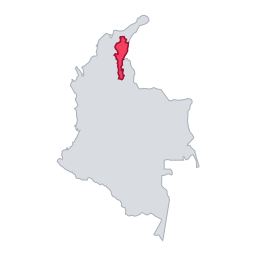 where Cesar sits in Colombia
{"feature_id": "COL-1414", "entity_name": "Cesar", "entity_type": "Department", "adm_level": 1, "iso_a3": "COL", "parent_name": "Colombia", "parent_adm1": "", "projection": "natural_earth1", "projection_center": [-73.578, 9.272], "detail": "fine", "context": "in_parent", "style": "filled", "palette": "rose", "viewbox_px": 256, "rotation_deg": 0, "n_neighbors": 0, "source": "natural_earth", "source_scale": "10m", "svg_char_len": 6860}
<svg xmlns="http://www.w3.org/2000/svg" viewBox="0 0 256 256"><path d="M146.9,23.1L144.4,24.3L139.5,25.7L136.1,32.1L133.8,33.2L131.0,37.0L128.9,41.6L127.3,51.1L123.1,59.2L123.5,59.5L125.2,59.2L126.7,58.3L127.3,58.6L127.9,60.0L129.8,60.3L131.3,66.8L134.2,70.2L134.5,71.4L134.9,74.1L133.9,75.8L133.6,81.7L134.5,83.2L136.6,83.8L138.1,87.5L139.0,88.4L140.3,89.0L143.5,88.4L149.2,89.0L150.6,88.9L153.8,87.6L157.8,89.2L160.9,89.5L169.1,100.7L169.9,100.4L170.9,101.0L173.0,99.9L174.8,99.7L177.1,100.2L180.2,100.2L186.4,99.1L187.3,98.4L190.7,99.1L191.7,99.9L192.2,102.0L191.8,103.3L190.7,104.6L190.0,106.3L189.9,108.3L189.3,109.8L188.2,110.8L187.8,112.2L188.0,114.1L187.4,122.5L187.9,123.2L188.3,126.7L189.7,131.2L190.4,132.5L191.6,133.6L193.8,137.3L193.3,138.5L187.7,144.3L187.4,145.7L188.5,145.1L190.2,145.7L190.8,147.1L195.0,151.1L195.0,152.7L196.1,155.7L195.9,156.4L198.8,165.1L198.9,166.9L196.5,167.4L196.4,161.6L196.1,160.4L193.4,155.2L192.8,154.8L191.0,155.4L188.0,159.2L186.5,159.8L185.4,159.3L184.3,157.0L183.5,156.6L182.8,158.5L183.7,160.2L170.4,160.2L167.8,159.5L164.2,160.3L164.2,169.1L170.5,169.2L172.2,171.7L172.1,173.8L172.3,174.5L170.8,174.9L168.6,173.6L164.7,175.2L161.8,175.6L161.6,185.3L163.4,187.7L166.7,190.3L167.2,192.1L167.0,193.7L167.8,195.8L168.9,196.9L168.9,198.2L169.5,199.6L162.8,240.6L160.5,238.1L159.6,235.9L158.5,234.9L156.2,235.6L153.8,234.5L161.6,220.6L161.3,219.3L154.9,215.9L154.2,215.1L151.1,213.2L149.4,213.7L148.5,214.7L146.1,214.9L144.2,213.5L142.0,212.5L139.3,214.8L138.5,214.8L136.5,215.8L134.5,216.2L131.8,215.2L129.6,215.9L128.1,215.8L127.5,215.0L125.6,214.2L125.4,213.2L125.9,211.5L125.1,208.1L124.8,207.6L123.3,207.5L121.6,206.3L121.3,205.6L121.7,204.2L121.3,203.0L119.7,200.3L117.3,199.6L115.1,197.3L112.9,196.5L111.8,194.9L110.9,191.3L108.5,188.4L106.9,187.4L106.4,186.1L104.7,186.0L102.5,184.1L101.4,184.0L100.7,184.9L98.7,183.9L96.9,182.6L95.0,182.2L93.8,181.4L91.6,178.7L89.2,177.5L87.9,177.9L87.4,179.9L86.6,180.2L83.9,179.7L83.4,180.2L82.7,180.1L79.4,178.6L76.1,178.1L75.3,174.8L73.1,173.6L72.5,172.1L71.0,172.3L65.4,169.3L63.1,167.2L61.1,166.1L59.0,163.8L58.7,162.8L57.1,161.5L57.9,159.7L59.8,158.4L62.3,159.5L62.6,157.4L61.7,155.6L62.1,151.6L62.8,150.7L64.2,149.9L65.0,150.2L65.6,149.5L67.7,149.8L68.3,149.5L69.8,147.9L70.5,146.6L71.2,146.7L72.9,144.5L72.6,142.3L74.2,141.9L75.9,138.3L76.6,138.2L77.0,136.5L79.8,130.6L78.8,131.2L77.7,130.8L77.8,128.8L77.5,128.6L76.6,130.1L75.8,128.6L76.0,126.0L74.7,126.5L74.7,125.9L76.6,124.0L77.4,119.6L76.8,118.0L76.4,111.5L76.1,110.2L74.5,108.6L77.0,106.7L77.9,105.3L76.8,102.4L75.3,100.0L75.3,98.5L76.1,98.6L76.5,94.6L75.7,93.0L74.7,93.0L71.4,87.0L70.3,85.7L71.2,82.9L72.2,81.6L72.0,79.4L72.6,79.5L74.0,81.5L74.6,81.2L76.7,79.3L76.8,77.5L78.6,75.7L76.1,69.5L75.3,68.6L76.3,66.6L76.8,66.7L77.8,68.6L79.3,69.9L81.6,73.3L82.6,74.1L81.9,74.9L81.7,75.7L82.0,76.1L83.3,76.2L83.8,75.3L83.5,71.1L83.0,69.0L81.8,67.6L82.2,66.9L84.5,65.9L89.3,61.9L90.9,58.2L92.2,56.9L93.6,56.0L95.4,56.2L96.7,55.7L97.1,54.5L96.2,51.9L97.3,48.4L97.2,46.6L97.9,45.5L97.7,45.1L95.9,46.3L97.7,43.8L99.0,40.0L106.0,33.3L110.5,34.9L111.9,34.8L110.1,35.6L109.8,36.6L110.4,37.6L111.1,37.9L111.7,37.3L113.2,33.3L113.5,31.1L114.1,30.4L115.1,30.1L119.5,31.1L123.7,30.7L130.6,25.1L135.8,22.7L137.1,20.4L137.4,18.7L138.3,18.0L139.3,18.0L139.9,17.0L142.3,15.5L144.8,15.4L147.5,16.7L148.8,19.0L149.0,20.6L146.9,23.1ZM67.7,149.1L67.4,149.4L66.8,148.8L66.6,148.2L67.0,147.7L67.4,147.8L67.7,149.1Z" fill="#d9dde1" stroke="#a8b0b8" stroke-width="1"/><path d="M128.4,42.5L128.4,42.9L128.1,45.9L127.5,48.3L127.5,48.8L127.4,49.3L127.4,49.6L127.5,50.0L127.7,50.5L127.6,50.8L127.2,51.7L126.6,52.8L126.3,53.7L126.1,54.0L125.5,54.5L125.3,54.7L125.1,55.3L124.2,56.9L123.8,58.1L123.6,58.3L123.4,58.6L123.0,58.9L122.9,59.2L122.8,59.5L123.0,59.6L122.6,59.7L122.5,59.8L122.3,60.2L122.4,60.7L122.2,62.6L122.3,63.1L122.2,63.6L122.3,64.3L122.4,64.6L122.4,64.9L122.2,65.1L121.9,65.3L121.8,65.5L121.8,65.8L121.7,65.9L121.3,66.3L121.1,66.5L120.9,66.7L120.9,66.9L120.9,67.1L120.9,67.4L121.0,67.7L121.3,68.2L121.5,68.9L121.7,69.1L121.5,69.6L121.3,70.0L121.2,70.1L121.3,70.2L121.5,70.2L121.7,70.3L121.8,70.4L121.9,70.5L122.0,70.8L122.3,70.7L122.7,70.3L122.6,69.8L122.6,69.7L122.5,69.3L122.5,69.2L122.8,69.1L123.0,69.2L123.2,69.3L123.3,70.0L123.1,70.8L122.9,71.3L122.9,71.7L122.7,72.0L122.6,72.5L122.6,73.6L122.8,73.7L123.0,74.2L123.0,74.3L123.0,74.7L123.0,74.9L123.2,75.1L123.7,75.2L123.8,75.4L123.9,75.5L124.0,75.5L124.1,75.9L124.0,76.0L123.9,76.3L123.6,76.5L123.4,76.6L123.3,76.9L123.2,77.1L123.3,77.6L123.2,77.9L123.2,78.0L122.9,78.5L122.7,78.9L122.5,79.1L122.4,79.3L122.1,79.4L121.8,79.6L121.6,79.7L121.4,79.6L121.2,79.4L120.9,79.3L120.8,79.2L120.6,79.0L120.6,78.9L120.4,78.9L120.0,78.8L119.9,78.8L120.1,78.9L118.6,78.8L118.7,78.4L118.8,78.2L118.8,77.9L118.7,77.7L118.8,77.5L119.0,77.2L119.5,76.8L119.6,76.5L119.6,76.3L119.5,76.0L119.5,75.9L119.4,75.9L119.2,75.7L118.9,75.5L118.9,75.2L118.4,74.3L118.3,74.0L118.3,73.8L118.3,73.1L118.2,72.9L118.2,72.6L118.1,72.4L118.3,72.3L118.3,72.2L118.4,71.8L118.4,71.7L118.4,71.3L118.4,71.2L118.5,71.1L118.6,70.9L118.6,70.7L118.6,70.3L118.6,70.1L118.5,69.1L118.4,68.8L118.2,68.3L118.1,67.9L118.1,67.5L118.1,67.3L117.9,67.0L117.8,66.9L117.7,66.6L117.7,65.7L117.8,65.4L118.0,65.0L118.1,64.7L118.0,64.3L117.9,64.0L117.5,63.6L117.3,63.3L117.6,62.2L117.8,61.6L118.1,61.0L117.8,60.6L117.5,60.2L117.3,59.9L117.3,59.6L117.2,59.4L116.9,59.3L116.4,59.2L116.2,59.1L116.2,58.9L116.3,58.7L116.3,58.4L116.3,57.8L116.2,57.7L116.0,57.4L115.8,57.2L115.8,56.4L115.6,56.2L115.3,56.0L114.8,55.5L114.2,55.1L114.5,54.8L115.1,54.0L115.3,53.9L115.5,53.8L115.8,53.8L116.0,53.9L116.3,53.9L116.5,54.0L117.0,54.1L117.3,54.1L117.8,53.7L118.0,53.8L118.1,54.0L118.3,53.7L117.9,52.4L117.6,51.8L117.7,51.6L117.6,51.1L117.1,50.6L116.3,49.4L116.1,49.2L115.8,49.0L115.7,48.8L115.4,48.3L115.0,47.5L115.0,47.4L115.0,47.2L115.1,46.6L115.2,46.0L115.4,45.7L115.5,45.4L115.6,45.2L115.8,44.9L116.2,44.5L116.3,44.3L116.4,43.9L116.5,43.7L116.7,43.4L116.9,43.3L117.0,43.2L117.4,43.1L117.6,43.1L117.8,43.1L118.0,43.1L118.4,43.0L118.9,42.6L119.0,42.6L119.4,42.3L119.5,42.2L119.8,42.2L119.9,41.9L120.0,41.8L120.1,41.7L120.4,41.6L120.7,41.5L120.8,41.3L120.7,41.2L120.5,40.9L120.4,40.8L120.5,40.6L120.5,40.4L120.4,39.9L120.4,39.7L120.6,38.8L120.7,38.7L120.9,38.4L120.8,38.2L120.7,38.0L120.5,37.9L120.3,37.9L120.2,37.9L119.9,37.8L120.0,37.6L120.3,37.0L120.4,36.8L122.1,36.6L122.9,36.6L123.1,36.6L123.5,36.7L123.9,36.8L124.1,36.7L124.2,36.9L124.4,37.1L124.4,37.3L124.5,37.7L124.5,37.8L124.4,38.0L124.5,38.3L124.8,38.5L125.1,38.7L125.5,38.8L126.0,39.1L126.4,39.5L126.5,39.7L126.4,40.0L126.2,40.4L126.1,40.7L125.9,41.1L125.5,41.7L125.4,41.8L125.3,42.1L125.5,42.2L125.6,42.4L125.7,42.6L125.8,42.8L126.1,42.8L126.3,42.7L126.5,42.7L126.9,42.8L127.0,42.8L127.5,42.8L128.1,42.5L128.4,42.5L128.4,42.5Z" fill="#f43f5e" stroke="#9f1239" stroke-width="1.5"/></svg>